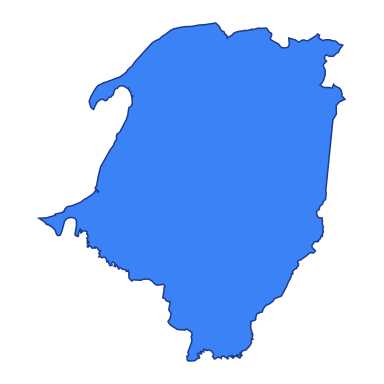 Tubará, Atlántico, Colombia (orthographic projection)
{"feature_id": "7082276B89966786375861", "entity_name": "Tubará", "entity_type": "district", "adm_level": 2, "iso_a3": "COL", "parent_name": "Colombia", "parent_adm1": "Atlántico", "projection": "orthographic", "projection_center": [-75.005, 10.899], "detail": "fine", "context": "isolated", "style": "filled", "palette": "blue", "viewbox_px": 384, "rotation_deg": 0, "n_neighbors": 0, "source": "geoboundaries", "source_scale": "gbopen_adm2", "svg_char_len": 5893}
<svg xmlns="http://www.w3.org/2000/svg" viewBox="0 0 384 384"><path d="M292.9,273.8L292.6,271.6L294.3,269.4L296.6,268.4L297.2,266.6L298.0,266.2L298.5,265.1L298.5,263.5L297.6,262.1L297.8,260.9L301.3,259.6L303.1,258.0L305.5,256.6L309.5,253.0L310.7,252.6L312.5,253.1L314.0,252.7L315.4,250.7L312.4,247.9L311.8,245.8L314.3,241.8L318.0,241.6L319.0,240.7L318.1,241.2L317.7,240.8L320.0,239.1L321.3,236.1L322.2,236.5L322.5,235.7L322.3,234.4L323.0,232.9L323.2,231.1L322.8,228.3L323.4,226.9L322.0,223.3L322.6,220.9L322.0,219.4L322.1,217.9L321.5,218.1L318.3,217.4L317.0,215.2L316.5,212.1L316.7,211.4L319.2,209.4L319.8,206.5L322.8,203.7L323.3,201.4L325.3,199.7L325.6,199.0L326.2,193.8L325.8,190.5L332.9,119.8L336.4,114.1L336.2,105.5L339.6,101.7L345.0,99.3L341.9,95.9L342.0,93.4L341.0,90.0L339.2,88.0L335.0,85.9L333.6,84.3L332.1,88.2L329.1,87.5L324.5,87.5L323.0,87.0L319.9,84.9L321.8,83.1L323.5,80.4L325.1,75.1L325.2,70.0L323.2,65.6L323.6,64.2L326.6,61.2L325.3,60.1L324.7,58.9L324.5,57.2L325.1,55.9L325.8,54.8L329.7,56.4L333.5,56.2L335.7,54.0L338.3,52.3L339.9,49.0L342.8,45.2L338.3,43.8L336.6,41.7L335.2,41.0L331.8,40.7L330.8,40.0L329.5,39.8L325.8,39.7L323.2,40.5L321.8,40.0L319.0,38.2L318.9,36.8L319.6,35.2L317.5,34.0L315.9,35.9L307.4,41.0L304.5,40.1L302.8,40.0L301.2,40.5L299.4,42.1L298.6,42.1L295.6,40.0L288.7,38.0L289.3,44.1L288.3,46.7L287.4,47.4L286.1,47.8L282.1,47.8L279.9,45.9L278.5,44.0L271.4,40.1L270.1,38.9L271.6,35.6L271.6,33.6L270.9,32.9L269.8,32.6L266.5,28.1L260.0,28.4L258.6,28.0L252.8,29.7L252.5,29.1L247.3,30.5L243.6,30.5L241.9,31.3L240.1,31.1L237.1,31.8L233.9,33.0L231.6,35.5L227.8,37.4L227.3,38.8L227.2,36.4L226.1,34.8L225.2,34.4L224.2,32.2L223.7,31.4L222.0,31.0L220.9,30.0L219.4,26.6L215.8,23.0L203.9,24.8L198.9,25.0L192.0,26.4L185.5,26.6L180.8,27.3L173.8,28.8L170.7,30.3L165.0,34.7L162.2,36.4L159.5,39.0L154.3,41.4L151.7,43.4L135.1,61.6L131.9,66.2L127.9,69.6L126.2,72.3L123.8,74.2L120.0,76.9L105.3,82.4L103.9,82.6L97.9,85.6L95.3,88.8L91.0,96.4L89.1,101.4L90.8,107.0L92.2,108.7L93.7,109.5L95.1,105.8L97.4,101.8L100.7,99.5L102.7,99.3L105.1,100.7L106.7,100.4L109.0,97.2L110.3,97.2L111.4,96.7L112.0,95.5L112.9,95.1L114.9,89.3L115.9,88.5L117.4,88.4L118.8,86.5L120.7,85.8L123.6,86.0L127.6,88.4L128.6,88.3L128.1,89.0L129.9,91.3L130.6,91.4L130.4,92.3L131.5,95.5L132.8,96.1L131.7,96.6L132.2,100.7L132.2,104.0L131.3,105.9L128.8,107.8L127.8,114.9L126.3,119.6L119.8,132.1L117.0,134.1L116.4,136.2L116.6,139.4L114.7,142.0L113.6,145.2L110.0,150.2L100.7,166.6L98.2,176.5L96.6,185.6L95.1,188.0L99.0,191.9L97.8,191.3L98.1,192.0L97.8,192.2L96.8,190.7L97.5,190.9L96.6,189.8L95.8,189.8L94.5,192.1L93.2,193.7L87.4,197.7L84.1,199.5L80.9,202.1L72.2,205.7L67.9,206.5L66.6,207.2L64.7,209.3L64.5,210.7L63.9,211.0L64.1,211.4L62.7,212.0L62.6,212.6L60.9,212.6L60.5,213.0L55.4,214.0L54.8,214.6L55.1,215.4L48.0,217.4L47.9,217.7L39.0,218.3L44.6,222.0L46.3,224.2L46.9,224.6L47.3,224.2L52.0,227.0L55.1,230.2L56.5,234.1L57.8,235.6L60.3,235.1L62.1,230.4L64.6,221.2L66.7,218.7L68.9,217.7L71.8,217.5L74.3,218.1L76.0,219.5L76.4,222.1L76.5,225.3L75.0,234.0L75.2,235.1L75.8,235.6L76.3,235.2L77.3,236.4L78.4,236.3L78.6,232.9L80.2,229.0L81.1,229.7L80.7,232.8L81.5,232.6L83.1,230.9L85.4,230.9L87.0,231.9L87.2,232.8L86.7,233.9L88.2,236.0L87.8,237.3L86.7,238.2L87.6,239.0L87.2,240.8L89.0,241.7L88.8,242.7L87.3,242.5L87.0,242.8L88.1,244.4L87.3,246.0L87.5,247.0L88.6,246.9L88.8,246.4L88.5,245.6L89.2,245.4L91.0,246.6L91.6,247.8L92.7,248.2L93.5,248.2L95.4,247.1L95.6,248.1L96.4,247.6L97.2,247.8L99.0,250.6L99.9,250.4L100.7,251.0L98.8,253.2L99.0,253.7L99.8,253.8L100.0,254.4L98.8,256.8L100.5,256.8L102.0,257.8L103.7,257.2L105.3,257.3L106.2,258.7L106.7,261.7L107.0,262.0L108.2,261.2L109.5,265.1L110.3,265.8L112.1,265.1L111.8,262.8L112.6,262.0L114.0,262.4L114.7,263.4L114.6,265.0L114.1,266.2L115.6,266.7L116.4,266.1L116.4,264.9L117.8,266.4L118.2,268.3L118.9,269.0L120.1,267.7L120.7,267.6L122.2,269.2L126.0,269.8L126.2,271.4L127.9,271.3L127.9,270.8L128.4,270.5L128.8,272.0L129.0,278.1L131.7,281.0L133.7,279.8L140.8,280.3L143.5,279.2L148.7,279.1L152.1,281.1L154.7,283.9L156.8,285.2L163.2,284.4L165.1,286.1L165.0,287.0L164.0,287.8L164.0,290.2L162.8,297.9L164.7,298.1L165.7,300.2L166.5,300.9L168.7,301.7L170.2,301.6L168.8,309.5L169.2,310.7L170.7,312.5L171.0,314.2L170.0,318.7L168.0,321.3L168.6,322.8L171.2,325.6L177.4,329.5L185.1,330.1L186.1,328.9L188.9,330.3L192.0,332.8L191.8,334.3L192.1,335.6L191.2,336.2L191.9,340.0L191.7,341.7L187.8,352.7L188.7,354.2L188.6,355.2L186.7,356.3L187.1,357.3L187.1,359.6L187.8,360.7L188.5,361.0L194.6,360.8L196.4,359.5L196.9,358.8L199.4,358.0L199.6,357.6L198.5,356.8L199.1,356.1L199.0,355.5L197.7,355.1L197.9,353.5L198.7,353.2L199.9,353.9L201.6,353.8L201.4,352.1L200.5,352.2L200.4,351.6L201.3,351.4L203.8,351.9L203.6,350.5L204.0,349.1L206.2,350.5L207.2,350.4L208.4,349.7L209.9,350.5L211.1,350.7L213.4,353.7L213.4,355.1L212.6,356.7L213.5,357.3L214.1,358.8L215.4,358.8L217.6,357.2L220.4,357.7L221.2,358.5L221.8,356.4L224.0,356.0L225.1,357.2L226.5,357.8L227.7,358.9L228.1,358.5L227.5,358.3L228.2,356.3L231.3,356.5L232.0,356.0L231.5,355.7L231.9,355.2L232.6,355.9L232.4,356.8L231.8,357.1L233.1,358.2L233.5,357.8L233.3,356.1L234.8,356.7L236.1,356.2L236.8,354.7L237.5,355.1L238.1,355.0L238.2,355.5L237.2,356.2L237.5,356.8L238.5,357.1L239.4,358.0L240.1,357.9L240.7,356.8L240.8,354.9L241.8,355.6L242.0,355.4L241.2,353.7L240.0,354.3L240.2,352.6L241.6,352.1L241.7,351.2L246.3,349.8L247.1,348.5L249.1,346.7L249.6,345.5L250.1,345.3L251.5,342.6L251.1,340.4L251.6,339.7L252.9,339.3L252.0,338.4L252.7,335.8L252.3,334.8L252.7,334.0L251.9,333.9L252.0,331.7L250.6,328.3L250.8,326.7L250.5,325.4L251.2,323.5L250.6,321.7L251.3,321.2L252.8,321.0L255.6,319.8L255.9,316.7L256.9,314.0L257.7,313.3L258.9,313.2L259.4,312.6L262.3,311.9L263.2,309.0L265.4,305.8L270.1,303.4L273.2,301.0L273.8,299.4L274.9,298.5L281.4,296.0L286.7,286.3L287.3,284.4L291.1,276.7L291.7,273.6L292.9,273.8Z" fill="#3b82f6" stroke="#1e3a8a" stroke-width="1.5"/></svg>